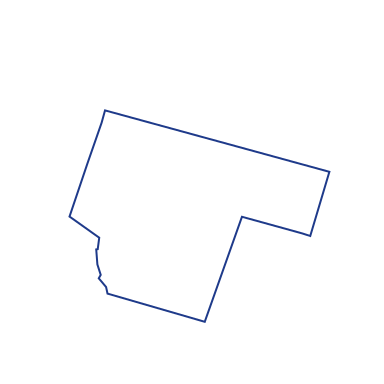 Karnes, Texas, United States of America (Natural Earth projection), rotated 57°
{"feature_id": "52423323B141370106049", "entity_name": "Karnes", "entity_type": "district", "adm_level": 2, "iso_a3": "USA", "parent_name": "United States of America", "parent_adm1": "Texas", "projection": "natural_earth1", "projection_center": [-97.881, 28.945], "detail": "fine", "context": "isolated", "style": "outline", "palette": "blue", "viewbox_px": 384, "rotation_deg": 57, "n_neighbors": 0, "source": "geoboundaries", "source_scale": "gbopen_adm2", "svg_char_len": 389}
<svg xmlns="http://www.w3.org/2000/svg" viewBox="0 0 384 384"><g transform="rotate(57 192 192)"><path d="M76.2,220.5L84.7,230.1L111.0,264.0L145.9,308.1L179.8,294.7L188.6,302.2L188.0,303.6L201.2,310.8L211.8,313.7L213.6,317.2L224.9,315.8L231.2,318.2L307.8,252.0L240.0,163.6L286.9,122.0L293.3,116.8L249.9,65.8L149.7,155.0L76.2,220.5Z" fill="none" stroke="#1e3a8a" stroke-width="2"/></g></svg>